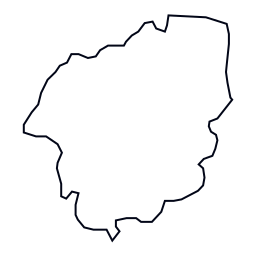 the district of Gochang-gun, North Jeolla, South Korea
{"feature_id": "91817680B73468302874709", "entity_name": "Gochang-gun", "entity_type": "district", "adm_level": 2, "iso_a3": "KOR", "parent_name": "South Korea", "parent_adm1": "North Jeolla", "projection": "equal_earth", "projection_center": [126.618, 35.434], "detail": "fine", "context": "isolated", "style": "outline", "palette": "ink", "viewbox_px": 256, "rotation_deg": 0, "n_neighbors": 0, "source": "geoboundaries", "source_scale": "gbopen_adm2", "svg_char_len": 1037}
<svg xmlns="http://www.w3.org/2000/svg" viewBox="0 0 256 256"><path d="M205.9,17.3L168.5,15.4L167.0,25.4L164.9,31.6L156.2,28.5L152.6,21.6L144.7,23.1L138.3,31.6L131.8,35.5L126.0,41.7L123.9,45.6L112.4,45.6L108.0,45.6L100.1,50.2L95.8,56.4L87.9,58.0L78.5,54.1L71.4,54.1L67.0,62.6L59.8,65.7L55.5,72.0L47.6,79.7L41.1,92.9L38.2,104.5L31.7,112.3L23.8,124.7L23.8,132.5L36.0,136.4L46.1,136.4L57.6,144.2L61.9,152.7L57.6,162.8L56.9,168.3L61.2,183.8L61.2,196.3L66.2,198.6L72.0,191.6L78.5,193.2L75.6,204.8L75.6,214.9L77.8,219.6L84.2,227.4L93.6,229.7L106.6,229.7L112.3,240.6L119.5,231.3L115.9,226.6L115.9,220.4L126.7,218.1L136.1,218.1L141.1,221.9L151.2,221.9L151.9,221.9L161.3,211.8L164.9,200.9L173.5,200.9L181.5,199.4L198.0,190.8L203.1,185.4L204.5,177.6L203.1,168.3L198.7,164.4L203.8,158.9L212.4,155.8L215.3,148.8L217.4,140.3L216.0,134.8L211.0,131.7L208.8,126.3L209.5,121.6L217.4,118.5L232.2,99.7L230.4,97.6L227.5,82.8L226.0,72.0L226.7,65.0L228.9,44.0L228.9,34.0L226.7,23.9L219.5,21.6L205.9,17.3Z" fill="none" stroke="#020617" stroke-width="2"/></svg>